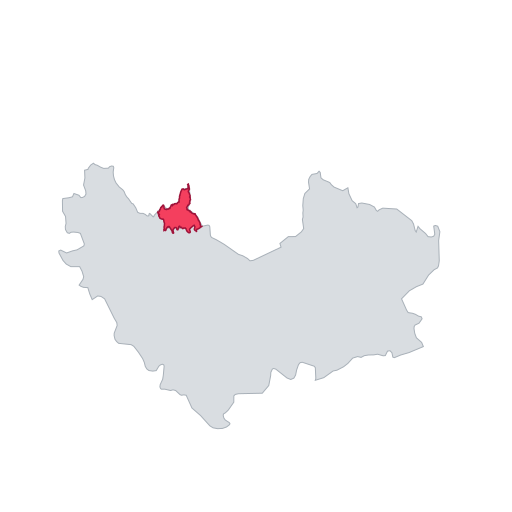 location of Gueckedou, Guéckédou, Guinea, rotated 155°
{"feature_id": "49546643B20526276358370", "entity_name": "Gueckedou", "entity_type": "district", "adm_level": 2, "iso_a3": "GIN", "parent_name": "Guinea", "parent_adm1": "Guéckédou", "projection": "natural_earth1", "projection_center": [-10.315, 8.69], "detail": "fine", "context": "in_parent", "style": "filled", "palette": "rose", "viewbox_px": 512, "rotation_deg": 155, "n_neighbors": 0, "source": "geoboundaries", "source_scale": "gbopen_adm2", "svg_char_len": 9000}
<svg xmlns="http://www.w3.org/2000/svg" viewBox="0 0 512 512"><g transform="rotate(155 256 256)"><path d="M307.9,337.8L304.2,337.2L302.6,338.0L297.7,344.7L294.7,347.3L290.1,346.5L288.5,346.9L287.3,346.2L288.9,342.5L291.3,335.3L297.3,328.0L297.5,326.5L295.0,322.2L292.4,316.4L292.4,310.1L291.9,305.6L286.6,304.4L285.6,303.6L285.5,302.1L288.5,294.3L288.7,292.8L288.3,291.4L285.0,287.4L279.9,280.0L271.2,264.9L267.9,261.8L264.7,257.2L263.5,254.2L260.3,253.2L229.6,253.4L229.0,257.3L218.5,259.9L212.0,256.9L204.7,258.7L201.2,260.7L198.5,269.5L196.9,271.4L195.3,275.3L193.9,277.5L192.3,281.9L188.9,288.0L185.3,292.0L179.1,294.2L177.2,300.7L175.8,303.2L173.4,305.1L170.8,306.3L165.8,305.0L163.0,306.2L162.5,304.6L164.1,299.4L162.9,296.7L158.1,291.4L157.6,288.8L156.1,285.4L149.8,278.5L143.9,279.0L145.5,273.2L145.5,265.5L143.5,261.3L144.0,257.0L142.9,257.3L140.9,260.2L137.7,259.3L131.3,254.7L128.0,250.3L127.7,246.5L126.9,245.1L125.0,245.8L120.9,245.8L108.6,239.1L99.9,222.2L99.7,218.4L101.0,211.8L100.7,210.0L96.6,214.4L95.9,211.5L92.8,204.7L91.9,200.8L89.0,199.1L86.6,198.8L84.8,200.1L82.3,208.0L80.6,207.9L78.7,206.2L79.1,200.3L83.9,192.9L91.9,174.3L94.7,170.0L96.5,168.5L100.3,168.3L107.6,165.8L116.6,160.0L123.5,160.4L131.6,159.7L142.2,155.7L142.4,143.2L142.0,140.4L138.3,137.9L136.1,135.7L134.2,132.9L131.9,131.0L132.0,128.9L136.7,126.2L141.0,126.2L142.5,125.2L143.5,123.4L144.8,118.9L145.2,114.1L142.4,107.7L142.6,103.2L158.1,103.8L166.6,105.1L173.6,105.4L174.7,106.5L173.7,110.9L174.6,113.5L177.0,114.2L180.9,111.1L182.9,111.8L187.3,115.6L191.3,116.7L195.7,118.7L199.9,119.9L203.6,119.7L206.4,121.9L211.5,122.6L218.2,119.8L223.5,118.6L230.9,118.3L234.7,119.2L246.0,117.1L254.8,118.3L253.5,119.8L249.4,129.8L249.9,131.6L258.9,140.1L261.0,140.7L263.4,139.6L267.3,135.6L270.4,131.4L273.3,129.3L276.7,129.4L279.5,132.4L285.8,145.0L287.5,146.6L289.0,146.6L291.8,144.2L293.2,141.5L299.2,133.2L308.3,129.0L330.1,138.6L333.3,139.3L335.2,138.6L337.9,132.9L346.2,128.1L350.1,126.8L352.3,126.6L353.2,125.1L353.6,122.8L353.2,120.4L350.6,116.2L350.5,114.9L352.0,114.1L355.1,113.5L359.2,113.9L363.7,115.7L367.5,118.4L369.6,121.6L373.7,134.9L378.3,145.3L378.1,159.3L380.2,160.7L382.4,161.3L383.4,162.4L385.7,168.1L387.8,169.8L390.3,170.2L395.0,173.9L398.1,175.3L398.5,176.4L398.4,178.0L397.2,179.9L392.7,183.7L390.4,187.1L385.8,195.0L385.6,196.4L386.6,197.5L388.5,197.7L390.6,197.2L394.9,194.3L398.2,195.3L401.5,197.5L402.7,199.8L403.0,202.8L402.2,206.7L402.1,211.0L403.2,218.4L404.9,225.8L406.6,228.4L417.4,234.9L418.5,237.4L419.0,240.1L418.2,243.9L417.1,246.0L411.2,251.7L410.3,254.5L410.8,259.6L411.3,281.2L413.6,284.9L416.4,286.7L422.9,285.7L422.7,291.7L421.8,298.4L425.6,300.5L427.5,302.5L428.6,304.4L422.6,308.0L420.9,310.1L420.1,315.7L420.3,320.9L428.3,324.6L431.4,328.9L432.8,333.5L433.3,342.0L432.6,343.9L430.5,343.9L426.4,338.8L420.2,338.2L415.6,337.2L407.8,337.9L406.5,339.4L405.6,350.7L407.5,352.6L411.2,354.8L413.6,355.7L415.6,355.4L417.2,356.8L417.5,360.5L416.4,363.3L414.4,365.8L411.9,372.3L412.4,378.3L408.1,387.9L406.8,389.7L401.1,387.9L397.3,387.2L394.6,389.6L390.8,385.9L390.1,383.0L388.7,382.4L386.2,382.4L383.9,384.0L382.8,387.0L382.3,393.2L378.1,399.0L375.1,406.2L371.7,405.5L370.9,406.4L367.3,408.3L364.1,408.8L363.3,406.9L361.5,405.3L359.4,402.3L357.1,399.8L352.7,398.0L350.9,398.8L348.8,398.6L347.4,397.6L347.6,396.1L350.0,392.4L351.3,388.9L352.0,385.1L352.0,381.5L350.8,376.4L348.8,372.4L348.3,370.1L348.5,366.7L348.0,363.6L347.4,362.0L346.4,356.2L345.3,355.1L344.6,350.4L344.8,345.6L343.1,343.7L340.4,342.4L338.8,340.5L337.8,338.4L336.8,337.8L336.0,337.9L335.2,339.3L334.3,339.5L332.7,335.0L332.1,334.8L331.0,335.9L318.5,340.9L316.9,336.6L314.5,335.8L310.4,337.6L307.9,337.8Z" fill="#d9dde1" stroke="#a8b0b8" stroke-width="1"/><path d="M292.7,305.7L293.0,305.9L293.4,306.5L293.5,306.9L293.4,307.2L293.3,308.1L293.3,308.3L293.1,308.4L293.0,308.6L293.0,308.8L292.8,310.0L292.8,310.4L292.8,311.0L292.8,311.3L292.9,312.4L293.1,312.7L293.0,313.1L293.0,313.7L293.0,314.1L292.9,315.1L292.9,315.3L293.0,316.0L293.3,317.9L293.3,318.2L293.5,319.0L293.4,319.2L293.3,319.9L293.4,320.0L293.5,320.1L293.8,320.3L294.0,320.1L294.3,320.1L294.5,320.5L295.8,321.7L296.2,322.6L296.2,322.8L296.3,323.5L296.9,323.6L297.0,323.8L296.6,324.1L296.9,324.5L297.2,324.9L297.0,325.2L297.8,325.6L298.2,326.4L298.3,326.9L298.7,326.8L299.0,327.2L298.5,328.0L298.4,328.4L298.5,328.8L298.5,329.1L298.4,329.2L297.6,329.6L297.4,329.9L297.4,330.0L296.7,330.3L296.6,330.5L296.4,330.8L296.2,330.8L296.0,330.6L295.4,330.7L295.1,331.0L294.9,331.1L294.6,331.2L294.3,331.6L294.0,331.5L293.8,331.5L293.7,331.6L293.5,331.8L293.6,332.7L293.5,332.9L293.1,333.1L292.9,333.3L292.6,334.2L292.4,334.3L292.2,334.4L291.8,334.5L291.6,334.6L291.5,335.0L291.3,336.0L291.2,336.3L291.1,336.7L291.3,337.3L291.2,337.5L291.0,337.4L290.8,337.3L290.7,337.7L290.8,337.9L290.6,338.1L290.4,338.2L290.3,338.3L290.3,338.7L290.2,339.1L290.2,339.3L290.2,340.0L289.9,341.2L290.1,341.6L290.2,342.5L290.1,343.1L289.9,343.4L289.6,343.5L289.3,343.9L289.0,344.2L288.2,344.6L288.0,344.8L288.0,345.1L287.9,345.5L287.8,346.0L287.8,346.3L287.6,346.8L287.1,347.9L287.3,349.1L287.0,349.4L286.9,349.8L287.2,349.8L287.6,349.7L287.8,349.6L287.8,348.5L287.9,348.1L288.0,348.0L288.1,347.9L288.3,347.7L288.4,346.9L289.1,345.9L289.4,345.9L289.6,345.9L289.9,345.9L291.1,346.2L292.8,346.3L293.3,346.7L293.5,347.5L294.2,347.7L294.6,347.9L294.9,347.7L295.6,347.2L296.5,346.4L296.9,346.1L297.9,345.0L298.3,344.4L298.6,344.1L298.9,343.9L299.1,343.4L299.2,343.2L299.3,343.2L299.8,342.8L300.1,342.4L300.8,340.9L300.9,340.7L301.1,340.5L301.5,340.3L301.8,339.8L301.9,339.7L302.2,338.9L302.6,338.3L302.7,338.0L302.8,337.6L303.0,337.4L303.6,337.7L304.0,337.6L304.6,337.4L304.9,337.2L305.0,337.1L305.4,336.9L305.6,336.8L305.8,336.9L306.1,337.0L307.0,337.6L307.7,337.8L307.8,337.8L308.2,337.5L308.6,337.4L308.9,337.6L309.4,337.4L309.6,337.4L309.8,337.4L309.9,337.7L310.3,337.2L310.5,337.1L310.5,337.3L310.4,337.8L310.5,337.8L310.5,338.0L311.1,338.0L311.3,338.0L311.6,337.7L311.8,337.4L312.0,337.3L312.3,337.0L312.7,336.7L313.3,336.2L313.6,336.1L313.8,335.6L314.0,335.5L314.5,335.9L314.7,335.7L314.9,335.7L315.3,335.6L315.5,335.5L315.8,335.7L316.3,335.8L316.7,336.1L317.1,335.9L317.4,335.9L317.6,336.1L317.7,336.3L317.8,336.5L318.1,336.6L318.4,336.6L318.6,336.9L318.9,337.2L319.0,337.3L319.1,337.5L318.9,338.8L318.8,339.0L318.6,339.4L318.6,339.5L318.5,339.9L318.3,340.9L318.3,341.0L318.6,341.4L318.9,341.4L319.8,340.8L320.2,340.8L320.3,340.7L320.5,340.7L320.8,340.2L321.0,340.2L321.3,340.3L321.6,340.3L321.8,340.2L322.1,339.9L322.6,339.3L322.7,339.2L322.9,338.9L323.3,338.8L323.3,338.7L323.8,338.3L324.2,337.9L324.3,337.9L324.5,337.8L324.5,337.7L324.7,337.4L325.5,337.1L326.6,336.9L326.6,337.0L326.7,336.9L326.7,336.6L326.6,336.3L326.5,336.0L326.8,335.5L326.6,335.1L326.3,335.0L326.0,334.6L326.1,334.3L326.5,334.2L327.0,333.9L327.2,333.4L327.1,332.6L327.0,331.7L327.1,331.3L327.1,330.9L326.7,330.3L326.4,329.9L326.0,329.5L325.8,329.3L325.3,328.9L324.8,328.9L324.5,328.6L324.4,327.9L324.5,327.4L324.8,326.4L325.0,325.6L325.0,325.0L325.2,324.0L325.6,323.4L326.1,322.5L326.3,321.9L326.6,321.8L327.1,321.1L327.4,320.2L327.5,319.8L327.8,319.4L328.1,318.9L328.5,318.7L328.6,318.1L328.4,318.2L328.0,318.0L327.7,317.8L327.4,317.4L327.2,317.5L326.4,317.7L326.4,318.2L326.2,318.4L325.7,318.7L325.2,319.1L324.6,319.4L324.4,319.2L323.9,319.6L323.6,319.1L323.2,319.3L322.9,319.7L322.3,319.5L322.1,319.2L322.1,318.6L322.1,317.8L321.8,317.3L321.8,316.9L321.8,316.5L321.8,315.8L321.6,315.2L321.5,314.6L321.5,314.0L321.8,313.3L321.8,312.2L321.6,311.7L321.1,311.6L320.8,312.0L320.8,312.4L320.8,312.9L320.6,313.3L320.5,313.8L320.3,314.4L320.2,314.7L320.0,314.9L319.4,315.3L318.7,315.5L318.2,316.0L317.5,316.1L317.1,315.8L316.6,315.7L316.4,315.5L316.3,315.0L316.3,314.5L316.3,314.0L316.5,313.5L316.3,313.0L315.9,313.0L315.6,312.9L315.5,313.1L315.4,313.2L315.0,313.5L314.5,313.7L314.4,314.1L314.1,314.6L313.7,315.0L313.4,315.3L312.9,315.4L312.6,315.3L312.6,314.9L312.6,314.3L312.5,313.7L312.2,313.7L311.7,313.7L311.4,313.4L311.3,312.9L311.2,312.3L311.0,311.9L310.7,311.7L310.4,311.7L309.8,311.8L309.5,311.9L309.2,311.6L308.9,311.4L308.4,311.4L308.2,311.2L308.1,310.6L307.9,310.3L308.0,309.8L308.1,309.4L308.1,308.7L308.0,308.3L308.0,308.0L308.1,307.7L308.0,307.3L307.9,307.2L307.8,306.8L307.5,306.2L307.2,305.6L306.6,305.2L305.8,305.2L305.5,305.5L305.3,306.0L305.2,306.4L305.2,306.6L305.2,307.3L305.1,307.8L305.0,308.2L304.7,308.5L304.1,308.7L303.8,308.8L303.5,309.0L303.2,309.2L302.8,309.2L302.3,309.4L301.7,309.5L301.4,309.6L301.1,309.6L300.8,309.8L300.5,309.8L300.2,309.9L299.7,310.0L299.1,310.0L299.1,308.9L299.0,308.5L299.2,308.1L299.6,307.4L300.2,306.9L300.5,306.5L300.6,306.2L300.6,305.9L300.6,305.5L300.4,304.9L300.1,304.6L299.7,304.0L299.7,303.7L299.7,303.3L299.7,302.8L299.5,303.6L299.1,304.4L298.6,305.0L298.0,305.3L297.5,305.0L296.2,305.1L295.4,305.2L295.0,305.2L294.5,305.4L294.0,305.9L293.9,306.1L293.5,305.8L293.1,305.5L292.7,305.7Z" fill="#f43f5e" stroke="#9f1239" stroke-width="1.5"/></g></svg>